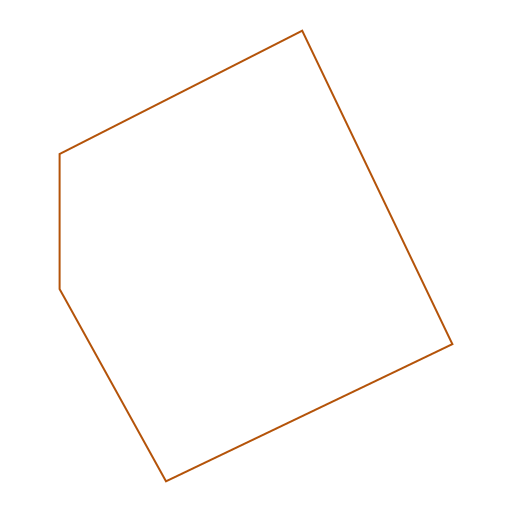 30, Ad Dawhah, Qatar
{"feature_id": "91078587B91130659475882", "entity_name": "30", "entity_type": "district", "adm_level": 2, "iso_a3": "QAT", "parent_name": "Qatar", "parent_adm1": "Ad Dawhah", "projection": "mercator", "projection_center": [51.461, 25.361], "detail": "fine", "context": "isolated", "style": "outline", "palette": "amber", "viewbox_px": 512, "rotation_deg": 0, "n_neighbors": 0, "source": "geoboundaries", "source_scale": "gbopen_adm2", "svg_char_len": 241}
<svg xmlns="http://www.w3.org/2000/svg" viewBox="0 0 512 512"><path d="M62.5,294.3L64.2,297.3L166.0,481.3L387.0,375.5L452.4,344.1L450.9,341.1L302.2,30.7L59.6,154.0L59.6,289.1L62.5,294.3Z" fill="none" stroke="#b45309" stroke-width="2"/></svg>